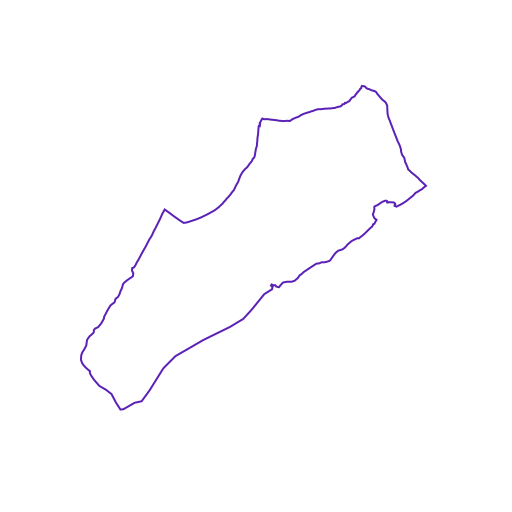 outline of Pangani, Tanga, United Republic of Tanzania, rotated 34°
{"feature_id": "72390352B29030119078393", "entity_name": "Pangani", "entity_type": "district", "adm_level": 2, "iso_a3": "TZA", "parent_name": "United Republic of Tanzania", "parent_adm1": "Tanga", "projection": "robinson", "projection_center": [38.828, -5.615], "detail": "fine", "context": "isolated", "style": "outline", "palette": "violet", "viewbox_px": 512, "rotation_deg": 34, "n_neighbors": 0, "source": "geoboundaries", "source_scale": "gbopen_adm2", "svg_char_len": 5858}
<svg xmlns="http://www.w3.org/2000/svg" viewBox="0 0 512 512"><g transform="rotate(34 256 256)"><path d="M231.8,457.1L237.4,445.6L242.4,440.4L242.9,427.3L242.0,400.8L245.2,384.1L259.4,354.9L274.1,329.3L280.6,315.3L282.4,303.3L284.2,282.9L287.9,274.6L287.1,272.7L284.9,272.0L284.9,270.8L285.8,270.7L286.9,271.3L287.2,270.3L288.1,269.5L288.7,269.5L289.7,270.0L291.5,269.5L292.5,269.0L292.6,267.4L292.9,264.5L293.3,262.8L296.1,260.0L299.9,257.4L301.9,254.9L303.0,250.7L303.0,247.4L303.7,246.1L304.6,242.4L307.9,234.3L310.4,228.5L312.3,227.0L314.1,224.3L315.7,223.4L317.5,221.7L319.5,219.2L319.9,218.2L320.0,213.1L320.2,209.1L321.1,205.9L322.4,204.1L323.9,202.3L324.8,200.0L325.4,196.9L325.4,195.4L326.0,193.5L326.5,191.4L327.3,189.3L330.1,184.5L331.1,184.0L331.4,183.9L333.3,177.9L334.0,174.6L335.2,168.6L335.7,167.1L335.8,165.6L335.3,164.3L335.6,163.9L336.1,163.3L335.7,158.6L334.4,158.6L333.1,158.4L331.6,157.6L329.7,156.3L328.8,153.0L327.8,150.6L327.2,150.0L326.6,149.2L326.6,148.5L328.3,145.8L329.8,141.9L331.0,139.6L332.2,137.9L333.2,137.3L334.1,137.2L334.6,137.9L334.7,138.2L335.5,138.0L336.0,137.2L336.8,136.6L337.7,136.1L339.6,134.9L340.9,134.5L342.3,134.9L342.6,135.3L342.4,136.4L343.0,137.0L344.0,136.6L344.8,136.6L345.7,135.0L346.8,133.2L348.5,129.7L349.8,126.6L350.4,124.7L351.7,120.5L352.5,118.0L353.0,114.3L354.0,112.6L355.1,110.0L356.2,107.9L356.9,104.9L357.6,103.0L357.7,102.8L357.0,102.6L356.0,102.4L355.0,102.3L353.9,102.1L352.6,101.9L350.7,101.6L349.4,101.4L348.2,101.1L346.6,100.6L344.7,100.5L343.1,100.2L341.3,100.1L339.9,100.0L338.5,99.9L336.7,99.6L335.8,99.4L334.7,99.2L333.7,99.1L332.9,98.4L331.9,97.7L331.1,97.1L330.0,96.5L329.2,95.8L328.2,95.3L327.2,94.8L326.3,93.9L325.1,92.7L324.1,91.7L322.9,91.4L322.0,90.9L320.6,90.5L319.0,89.2L317.9,88.3L316.7,86.7L313.9,84.4L312.2,83.3L311.4,82.8L309.8,82.0L307.2,80.2L305.4,78.9L302.4,76.9L298.0,73.8L294.8,71.5L293.0,70.3L291.2,68.9L289.8,68.1L287.9,66.7L286.6,65.5L285.4,64.3L283.8,62.2L282.7,60.7L281.6,59.3L280.6,57.9L279.4,57.2L278.3,56.5L277.9,56.3L277.2,56.2L276.6,56.0L276.0,55.9L275.6,55.9L274.8,55.9L274.0,55.8L273.3,55.7L272.5,55.6L271.8,55.4L271.1,55.2L270.5,55.0L269.8,54.9L269.3,54.7L268.1,54.4L267.6,54.2L266.3,53.9L265.6,53.6L265.1,53.5L264.7,53.2L264.2,53.0L263.8,52.9L263.4,52.9L262.2,52.9L262.2,53.0L261.9,53.0L261.5,53.2L261.2,53.3L260.8,53.5L260.4,53.6L259.9,53.7L259.5,53.9L259.1,54.0L258.8,54.0L258.3,54.1L257.7,54.2L257.1,54.3L256.6,54.4L256.2,54.5L255.8,54.6L255.3,54.9L254.8,55.0L254.3,55.0L254.1,55.1L253.4,55.0L252.9,55.0L252.0,54.7L251.6,54.6L251.3,54.7L251.1,54.7L250.9,54.8L250.6,54.8L250.3,55.0L249.5,55.4L248.9,55.9L248.7,55.9L248.7,56.1L248.9,57.1L249.1,57.5L249.4,58.1L249.0,58.9L248.9,59.1L248.9,59.3L249.1,60.8L248.7,62.1L248.8,62.9L248.4,63.8L248.4,64.0L248.6,64.9L248.6,65.3L248.3,65.9L248.5,68.5L246.9,71.3L246.8,73.6L246.7,74.0L246.7,74.6L246.8,74.6L246.8,75.2L246.6,75.8L246.1,76.6L245.5,77.7L245.3,78.5L245.0,78.7L244.7,78.9L244.4,79.1L244.1,79.3L244.2,79.6L244.3,80.1L244.2,80.7L244.0,81.0L243.0,81.7L242.8,82.0L242.9,83.1L242.9,83.7L242.5,84.2L242.2,84.8L242.0,85.2L241.6,85.5L240.8,86.3L240.4,86.8L240.0,87.2L239.6,87.7L239.2,88.2L238.8,88.9L238.2,89.5L237.3,90.2L236.6,90.8L236.0,91.4L235.2,92.1L234.3,92.6L233.5,93.3L232.8,93.9L231.9,94.4L231.1,95.1L230.5,95.6L228.4,97.4L228.0,97.7L227.6,98.1L227.0,98.5L226.3,99.0L225.1,99.8L224.7,100.4L224.0,101.2L223.3,102.1L222.8,102.8L222.3,103.6L221.7,104.4L220.9,105.2L220.5,105.6L220.3,106.1L219.8,107.0L219.4,107.4L218.9,107.7L218.4,108.5L217.9,109.0L217.3,109.9L216.8,110.5L216.1,111.4L215.5,112.4L215.0,113.2L214.3,114.4L214.0,115.2L213.8,116.0L213.4,116.5L213.1,117.2L212.6,117.8L212.2,118.3L211.3,119.6L210.8,120.4L210.1,121.5L209.6,122.4L209.2,123.6L208.8,124.6L208.7,125.0L208.4,125.3L207.7,125.6L207.0,126.0L206.3,126.4L205.7,126.9L205.1,127.4L204.4,127.9L203.7,128.5L203.2,128.9L202.6,129.2L202.3,129.5L201.9,129.7L201.5,129.8L200.9,130.1L200.1,130.6L199.5,130.9L198.9,131.3L198.5,131.4L198.1,131.5L197.4,131.8L196.0,132.5L195.1,133.0L194.0,133.6L192.9,134.1L191.8,134.8L190.7,135.2L189.8,135.7L188.2,136.6L187.6,137.2L187.0,137.5L186.2,138.0L185.7,138.3L185.2,138.4L184.7,138.3L184.4,138.6L184.3,139.0L184.3,139.6L184.5,140.1L184.6,141.6L184.7,142.4L184.8,143.3L184.8,143.9L185.6,144.2L186.5,146.2L185.6,146.5L185.9,147.4L189.5,153.7L191.4,157.7L192.4,159.3L195.3,164.6L195.9,166.9L196.9,169.2L198.6,172.8L199.4,175.0L199.3,176.4L199.0,177.5L199.5,179.7L199.3,181.4L199.1,183.7L199.1,186.8L198.9,188.1L198.5,189.3L198.1,191.8L197.9,194.7L198.2,198.3L199.0,201.6L199.8,204.8L199.9,207.5L200.0,208.4L200.0,208.8L200.4,211.0L200.8,214.0L200.5,216.2L200.4,220.1L200.2,220.9L200.2,221.9L199.6,225.0L199.5,227.0L199.1,229.3L199.0,231.2L198.2,234.4L197.9,236.0L196.3,241.0L192.8,247.9L188.9,254.7L186.1,258.9L182.3,263.8L179.6,267.2L177.5,269.0L174.0,269.1L166.6,269.0L160.5,268.7L154.3,268.5L154.8,273.9L155.7,278.7L157.1,289.4L157.4,292.8L157.9,295.4L158.3,298.3L158.3,301.8L158.9,306.6L159.3,310.3L159.6,314.6L160.1,320.0L160.6,324.2L160.8,328.0L161.3,332.0L161.1,334.0L160.1,335.2L161.3,337.4L164.0,339.0L165.2,341.5L164.8,343.0L163.4,346.3L162.1,350.1L161.5,352.5L161.6,354.2L162.2,355.7L162.7,357.2L162.9,357.8L163.2,360.6L164.2,364.0L164.4,366.0L164.4,367.5L164.0,368.5L163.5,370.0L163.9,371.3L164.5,372.8L164.5,373.9L164.0,375.2L163.5,376.7L163.0,378.4L163.1,381.4L163.3,384.2L163.5,386.2L164.1,391.3L164.5,392.3L164.9,392.8L165.4,398.5L165.1,400.9L164.9,403.3L164.0,404.8L163.2,406.1L163.0,408.1L164.0,409.6L164.2,410.6L163.6,413.2L162.9,415.7L162.8,419.6L163.6,421.7L164.7,423.7L165.4,425.4L165.8,429.5L165.9,433.0L166.5,435.6L167.4,437.4L169.1,440.1L172.1,442.2L175.7,443.4L178.4,443.9L180.9,444.2L182.7,444.3L183.1,445.2L184.1,446.1L185.7,447.1L190.9,449.2L198.8,451.3L206.6,450.8L213.5,451.3L222.2,456.0L229.5,459.1L231.8,457.1Z" fill="none" stroke="#5b21b6" stroke-width="2"/></g></svg>